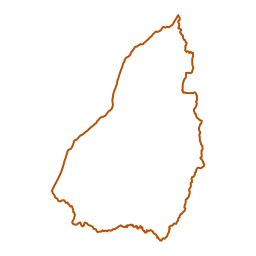 Contralmirante Villar, Tumbes, Peru (Equal Earth projection)
{"feature_id": "86281439B49517942967283", "entity_name": "Contralmirante Villar", "entity_type": "district", "adm_level": 2, "iso_a3": "PER", "parent_name": "Peru", "parent_adm1": "Tumbes", "projection": "equal_earth", "projection_center": [-80.726, -3.926], "detail": "fine", "context": "isolated", "style": "outline", "palette": "amber", "viewbox_px": 256, "rotation_deg": 0, "n_neighbors": 0, "source": "geoboundaries", "source_scale": "gbopen_adm2", "svg_char_len": 5859}
<svg xmlns="http://www.w3.org/2000/svg" viewBox="0 0 256 256"><path d="M160.4,240.6L161.4,240.6L161.7,240.3L162.4,238.9L162.8,238.5L163.6,238.3L164.5,238.7L164.9,238.5L165.5,237.5L166.4,237.1L166.7,236.8L167.2,235.9L167.7,234.2L168.8,232.4L169.2,231.1L169.3,229.4L169.8,228.7L169.7,228.2L169.3,227.8L169.3,226.7L170.9,225.7L172.4,225.5L173.0,224.9L173.6,223.9L173.9,223.8L174.6,223.6L176.0,223.8L176.3,223.4L177.0,221.7L178.1,220.5L178.3,218.4L178.7,217.8L179.6,217.2L179.6,216.0L180.4,214.5L180.9,214.0L181.9,213.6L182.8,212.3L184.4,211.0L185.3,209.0L185.3,208.4L184.3,206.9L184.8,205.1L185.6,203.2L185.7,200.0L186.0,199.7L186.3,199.2L186.7,199.1L187.1,198.8L187.4,198.2L188.5,197.1L188.8,196.4L189.2,194.7L189.7,193.4L189.8,191.4L189.2,190.5L189.1,189.8L189.5,188.8L190.7,186.9L190.9,184.8L190.6,183.9L190.9,182.6L191.8,182.3L192.0,182.1L192.1,181.3L192.1,180.6L191.6,179.5L191.5,179.0L192.1,177.1L193.5,176.7L194.4,175.6L194.8,174.6L194.9,172.9L195.2,172.5L195.9,172.0L196.5,169.3L197.2,168.2L197.9,167.8L198.8,167.7L200.5,168.3L201.1,168.2L201.7,167.6L203.7,166.3L204.1,165.1L204.1,163.9L203.2,162.7L203.0,161.4L202.4,160.7L201.9,159.6L200.8,158.7L200.4,158.0L200.5,157.6L201.2,157.5L201.6,157.1L201.7,154.5L201.5,153.8L201.5,150.8L202.5,149.5L202.6,148.7L202.4,146.3L202.1,145.6L201.1,144.4L200.7,142.3L200.0,141.4L199.9,141.0L200.0,140.0L199.7,138.7L199.8,137.5L199.3,134.9L199.4,134.4L200.1,133.3L200.2,132.8L199.9,131.8L198.9,129.6L198.9,129.1L199.2,127.5L200.0,124.8L200.2,124.4L201.2,123.6L201.8,121.0L201.2,120.5L199.9,120.2L196.9,117.5L195.8,115.4L195.9,114.2L194.9,113.4L193.9,111.0L193.9,109.8L194.0,109.2L194.4,108.6L195.5,107.5L196.5,105.0L196.8,103.2L196.6,102.7L196.3,102.4L196.1,101.6L197.1,99.7L197.1,98.4L196.7,97.4L197.1,96.0L197.0,95.7L196.3,94.8L195.5,92.8L195.0,92.5L194.0,92.5L193.1,93.0L192.1,93.2L191.5,92.9L190.1,93.2L185.8,93.0L185.0,92.4L184.1,92.7L183.6,92.7L183.1,92.4L182.5,91.0L182.8,90.7L182.6,90.1L182.3,89.9L182.3,89.7L182.5,89.4L182.6,89.1L182.7,86.5L182.7,84.4L183.4,82.1L183.5,81.0L184.1,80.0L184.2,79.4L185.3,78.3L185.9,76.9L186.0,75.3L185.9,73.8L186.0,73.1L186.4,72.9L188.1,72.9L188.5,72.8L189.2,72.8L189.5,73.0L190.5,73.0L191.5,72.6L191.9,72.2L192.3,70.5L193.4,68.0L192.6,65.8L192.4,64.8L192.2,61.7L192.3,58.7L192.5,57.8L193.1,56.3L193.0,54.1L193.1,53.3L192.9,52.9L191.8,53.0L190.8,52.0L189.2,52.9L188.8,51.9L188.3,51.5L187.1,51.4L186.5,51.9L185.2,50.4L185.1,50.1L185.4,49.3L185.5,47.6L185.2,46.4L186.2,44.8L186.6,43.1L186.4,42.7L185.6,42.0L185.4,40.9L185.1,40.2L184.1,39.8L183.5,39.0L183.3,38.6L182.9,36.5L182.9,35.6L182.7,35.3L182.3,35.3L182.1,35.1L181.7,34.4L181.1,34.0L181.0,33.3L180.5,33.0L180.2,32.6L180.2,31.9L180.5,31.1L181.2,30.2L181.2,29.8L180.7,29.2L179.5,28.6L178.5,28.4L178.4,28.2L178.4,27.6L178.9,27.0L179.3,24.9L179.0,23.6L178.2,22.0L178.2,21.4L178.5,20.8L179.6,20.1L179.8,19.3L179.7,18.3L179.4,17.4L178.2,15.4L177.6,16.0L176.2,18.7L174.9,20.5L173.0,24.0L171.7,25.4L170.8,25.8L169.4,27.0L168.7,27.2L166.8,26.8L165.5,27.6L164.7,27.4L163.6,26.9L163.2,26.9L162.3,27.9L161.1,29.8L160.0,30.8L158.0,31.8L157.1,31.9L156.3,31.5L155.4,31.9L153.2,34.0L151.4,36.4L150.4,37.1L146.9,40.5L145.1,42.1L144.0,42.9L143.0,44.1L141.5,44.5L140.4,44.2L139.8,44.7L137.7,45.9L136.8,46.7L135.9,46.7L135.1,46.9L134.6,47.6L132.8,50.4L131.3,52.2L130.8,53.7L129.9,55.3L127.6,57.2L127.1,57.2L126.6,57.4L125.4,58.6L124.9,59.6L124.3,61.5L123.3,63.3L122.4,66.0L122.1,67.5L121.4,68.7L119.7,73.7L117.4,80.9L116.7,84.9L115.8,86.8L115.5,88.1L114.3,90.6L114.1,91.7L113.4,93.4L112.4,100.1L112.4,101.4L112.9,103.9L112.8,105.5L112.0,108.4L110.5,110.1L108.9,111.1L108.1,111.9L105.5,115.6L104.1,116.4L102.1,117.0L100.2,117.8L99.4,118.7L98.6,120.0L97.6,120.6L96.2,123.1L94.8,124.0L93.6,125.3L90.4,127.7L89.8,128.5L89.0,129.0L87.7,130.5L86.3,131.3L82.9,134.3L81.5,135.2L80.6,135.2L77.3,139.0L75.9,140.0L74.7,140.3L74.2,140.8L73.8,141.9L73.2,144.4L71.7,147.7L70.5,149.1L69.2,149.4L68.3,150.1L67.7,150.8L67.0,153.7L66.6,154.6L65.4,158.6L64.5,160.8L63.2,166.1L60.8,172.9L58.4,178.1L53.0,188.3L51.9,190.9L52.4,191.7L52.8,193.3L53.4,193.8L54.7,195.8L55.0,197.2L55.5,197.8L57.1,198.5L58.3,200.8L59.0,201.2L60.2,201.4L62.3,200.3L63.9,200.2L64.9,201.3L65.8,202.8L67.4,202.5L67.7,202.9L68.0,203.7L69.2,204.7L70.1,206.4L70.6,206.5L71.5,206.1L72.1,206.4L72.4,207.8L73.3,210.4L73.1,211.8L73.9,212.3L74.9,214.6L74.8,215.8L74.3,217.0L74.1,218.2L73.6,219.6L73.1,220.2L72.3,221.9L72.3,222.6L73.4,224.2L74.2,224.2L75.3,224.7L76.0,224.7L76.9,224.4L78.7,223.0L80.0,222.5L80.4,222.7L81.5,225.5L82.0,226.1L82.5,226.4L83.1,226.2L83.7,225.7L84.6,222.7L85.0,222.6L85.9,222.9L87.0,223.3L88.2,225.0L90.7,225.7L92.6,226.7L93.5,228.7L94.9,229.0L96.0,229.6L96.9,231.5L97.8,232.0L100.5,231.5L101.5,231.6L102.7,230.4L103.4,231.0L104.0,231.2L104.4,231.2L105.2,230.6L106.1,230.8L107.1,231.3L108.2,230.3L109.2,230.3L110.3,230.7L110.9,230.6L112.1,230.2L113.3,229.1L114.8,229.2L116.2,228.1L117.3,227.6L118.2,226.7L120.8,225.4L121.9,226.4L122.5,226.4L124.6,227.1L125.2,226.9L125.8,226.4L126.5,227.2L127.0,227.1L127.1,226.9L126.8,225.7L127.4,225.3L128.3,225.6L129.0,225.2L129.6,225.2L130.3,224.7L131.3,224.8L131.9,225.4L132.1,225.5L132.4,225.0L133.1,225.5L133.3,226.5L133.8,226.8L135.0,226.9L135.7,226.1L136.6,226.0L137.2,226.9L137.2,227.5L137.6,227.7L137.4,228.4L137.7,228.6L138.2,228.5L138.4,227.7L139.6,227.4L139.8,227.2L140.3,227.4L140.2,226.3L140.5,226.2L141.0,226.5L141.2,227.1L141.6,227.5L142.1,227.4L142.4,227.5L142.5,228.0L142.4,228.6L142.5,229.6L143.9,231.1L144.1,230.8L144.3,230.8L145.0,232.5L145.4,232.5L145.8,232.2L146.4,232.3L146.6,231.7L147.2,231.5L147.1,230.7L147.5,230.9L148.1,230.5L148.7,230.8L149.2,230.8L149.9,230.6L150.7,230.0L151.5,230.7L152.1,230.9L153.1,231.9L153.2,232.6L153.8,233.4L155.2,234.1L156.5,235.2L157.2,236.7L157.1,236.9L157.1,237.4L157.8,237.2L158.2,237.7L158.5,238.7L159.4,239.3L160.4,240.6Z" fill="none" stroke="#b45309" stroke-width="2"/></svg>